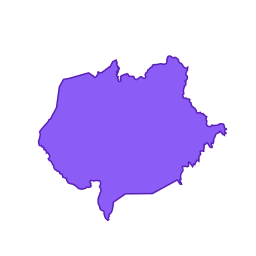 Campo Formoso, Bahia, Brazil (Robinson projection), rotated 145°
{"feature_id": "56859067B18593931562770", "entity_name": "Campo Formoso", "entity_type": "district", "adm_level": 2, "iso_a3": "BRA", "parent_name": "Brazil", "parent_adm1": "Bahia", "projection": "robinson", "projection_center": [-40.821, -10.26], "detail": "fine", "context": "isolated", "style": "filled", "palette": "violet", "viewbox_px": 256, "rotation_deg": 145, "n_neighbors": 0, "source": "geoboundaries", "source_scale": "gbopen_adm2", "svg_char_len": 5740}
<svg xmlns="http://www.w3.org/2000/svg" viewBox="0 0 256 256"><g transform="rotate(145 128 128)"><path d="M203.9,172.6L207.3,169.5L208.9,168.4L210.2,166.0L210.6,164.7L210.1,163.8L209.6,163.3L209.1,163.2L208.9,162.6L209.2,161.6L208.8,161.0L208.3,160.7L208.1,160.1L209.1,158.9L209.1,158.4L208.8,157.8L208.3,157.5L208.3,156.2L208.8,154.8L209.1,154.4L208.2,154.4L207.9,153.2L208.0,151.1L208.4,149.5L209.5,148.8L210.9,148.6L211.1,147.3L210.8,146.0L210.2,145.1L210.3,142.7L210.6,141.9L210.5,140.4L211.7,137.1L211.6,135.8L211.3,135.5L210.9,133.6L209.9,132.5L209.3,131.3L209.8,130.7L210.0,130.0L209.6,129.2L208.6,128.0L208.9,127.5L208.8,126.7L209.4,125.5L209.5,124.8L207.3,122.0L207.7,121.6L207.9,120.9L208.2,120.4L208.5,117.5L207.6,116.0L206.8,115.2L205.9,114.0L205.2,113.6L204.9,112.2L204.0,111.2L203.9,110.5L204.0,109.8L203.2,108.1L203.4,107.3L203.2,106.7L202.3,106.0L202.1,105.4L201.5,104.9L200.4,104.1L199.5,103.9L198.1,103.1L195.6,103.1L194.7,102.5L194.1,101.8L192.1,101.3L191.5,101.6L191.1,102.1L191.2,103.2L190.2,103.9L190.2,104.5L190.4,105.2L189.4,106.3L188.8,106.3L188.1,106.0L187.5,105.6L186.4,104.1L185.6,103.9L183.8,103.1L183.1,102.2L181.6,101.2L181.5,100.6L181.9,98.7L182.3,98.1L183.7,97.0L184.9,96.4L185.1,95.7L185.1,94.1L186.0,92.0L186.5,91.6L188.1,90.8L189.6,89.6L191.1,88.7L192.1,87.7L192.8,87.4L194.8,84.8L195.7,83.0L196.1,81.2L196.1,80.4L197.0,78.6L197.2,77.3L197.1,76.4L195.9,74.3L195.7,73.7L195.7,73.0L196.1,72.3L196.8,71.7L198.0,67.8L198.0,66.2L197.6,64.8L197.6,64.1L196.4,64.0L196.4,64.5L195.9,65.0L195.3,66.0L193.9,66.6L193.7,67.3L193.1,67.9L191.8,68.0L190.0,68.5L187.6,70.1L186.2,71.6L185.7,71.9L184.8,73.1L183.4,74.3L183.0,75.2L182.5,75.6L167.8,75.5L145.6,60.3L117.5,57.2L117.4,53.5L117.6,52.4L116.9,51.4L116.5,51.2L116.0,52.2L115.9,53.7L115.6,55.4L115.2,56.1L114.5,55.9L114.1,55.5L112.9,58.0L111.9,59.1L110.7,60.2L109.9,60.6L108.6,61.0L107.7,61.4L106.9,62.3L106.0,64.5L105.6,65.1L105.0,65.1L104.7,64.6L104.0,64.3L102.7,63.5L101.7,62.3L100.7,62.0L100.1,62.2L99.0,63.8L98.6,64.7L98.1,65.2L97.6,65.3L97.3,64.9L97.3,64.0L97.2,59.3L94.8,60.9L94.3,59.7L92.5,61.0L91.2,61.4L90.6,61.9L90.0,62.2L89.6,61.8L89.0,60.1L86.7,63.1L86.4,63.9L85.7,64.5L85.0,64.3L83.7,64.8L83.2,65.3L83.0,66.2L82.6,67.2L82.2,67.5L81.5,67.5L81.1,67.0L79.9,66.4L79.7,65.7L79.2,65.5L78.7,66.6L77.7,67.7L77.2,67.8L76.5,68.9L76.3,69.6L75.5,70.0L75.2,70.7L74.4,70.8L73.9,70.3L73.2,70.4L72.7,70.8L72.0,70.8L71.5,70.3L71.5,68.6L71.8,65.6L71.6,65.0L70.4,63.8L69.6,64.5L69.1,67.0L67.7,67.9L67.0,66.6L66.5,67.2L65.4,67.8L65.1,68.7L64.7,69.2L64.1,69.5L63.5,70.2L63.0,70.5L61.8,70.8L61.4,71.4L59.2,72.7L55.4,72.0L54.4,72.6L54.1,72.1L54.2,70.2L53.9,68.5L53.1,66.7L52.5,67.9L51.9,68.0L50.8,67.4L50.6,67.9L51.0,69.3L50.7,70.1L50.0,70.6L49.4,70.8L48.9,70.5L48.1,70.5L48.0,71.2L48.6,71.7L48.8,73.1L48.4,73.6L47.6,75.7L47.7,76.4L48.1,77.1L49.4,78.1L50.6,78.8L51.2,78.9L51.9,78.7L53.4,79.1L55.6,80.5L56.2,80.7L57.7,82.3L58.3,81.9L59.7,81.9L61.4,83.3L61.7,85.0L61.5,86.5L59.9,87.9L59.4,88.6L59.4,89.9L57.8,91.7L57.1,92.0L57.6,93.0L58.3,96.7L59.0,97.0L59.5,97.6L59.9,99.5L61.2,99.5L61.8,100.0L62.1,100.4L62.7,100.6L63.0,101.2L62.1,102.9L61.9,104.6L62.1,106.4L62.6,107.1L62.6,107.9L62.8,108.5L63.2,109.0L62.7,110.6L62.7,111.3L61.9,112.4L62.6,113.8L62.5,114.4L61.2,115.5L61.1,116.2L61.5,116.9L62.5,117.4L63.0,118.1L63.0,118.9L63.5,119.5L64.1,119.5L65.2,120.7L65.3,121.4L64.8,122.1L64.6,123.3L63.9,123.8L62.7,124.0L62.2,124.7L61.7,126.2L60.8,127.2L60.5,127.7L59.9,127.9L59.7,128.5L58.4,129.2L57.7,129.9L56.7,130.0L55.9,130.3L55.4,130.9L54.7,131.7L54.4,132.3L54.4,133.6L53.9,133.3L53.5,133.3L52.7,134.0L51.3,134.3L50.3,135.3L49.8,136.3L49.9,137.1L50.3,137.7L49.9,138.2L49.6,139.4L48.1,140.2L47.1,141.1L46.3,141.2L44.8,142.8L44.3,143.5L45.5,143.4L46.0,143.6L47.0,144.9L47.5,146.6L47.2,147.8L47.3,150.2L47.6,150.8L48.4,151.7L48.4,152.3L48.3,153.6L47.7,154.3L47.7,156.1L48.3,157.6L48.4,158.3L49.2,159.1L50.6,159.4L51.1,159.8L51.3,160.3L51.3,161.0L51.9,162.3L52.4,163.0L53.8,163.6L54.4,163.6L54.8,163.1L55.8,162.7L56.3,162.2L57.5,161.1L57.7,160.4L58.2,159.9L59.6,158.9L60.1,158.9L61.5,159.4L62.3,159.5L62.6,160.2L64.0,161.6L65.3,162.4L66.9,162.8L68.0,163.7L68.9,163.9L70.1,164.9L71.6,165.4L72.2,165.2L72.5,164.5L73.0,164.4L75.4,164.5L76.8,164.1L78.1,164.1L78.7,164.0L79.7,163.1L80.5,162.8L81.3,162.9L81.9,162.8L83.0,162.2L83.7,161.3L83.9,160.1L84.2,159.6L84.9,159.2L85.4,159.1L86.1,159.3L87.0,160.1L87.4,162.0L88.1,162.6L88.8,162.9L89.4,162.7L92.1,162.7L93.7,162.9L94.3,164.7L94.3,165.5L93.8,166.3L93.9,167.1L95.2,168.0L95.7,168.5L97.0,169.2L97.4,169.8L97.5,170.3L97.1,171.1L97.6,173.1L98.8,173.4L99.1,172.9L100.2,173.8L101.1,174.3L101.8,174.0L102.4,174.1L102.9,174.5L103.4,174.4L104.0,174.6L104.5,174.3L104.7,173.5L105.4,173.3L106.0,172.3L105.9,171.6L106.7,171.1L107.1,170.6L108.2,171.1L108.8,171.7L108.9,172.3L107.9,173.2L108.1,173.8L107.9,175.2L107.5,175.8L107.0,175.3L106.6,175.5L107.2,176.5L107.1,177.1L107.2,177.7L106.9,178.2L106.3,178.1L105.1,179.0L105.6,179.2L105.3,180.1L105.0,180.6L103.7,179.8L103.6,180.9L103.0,180.8L102.5,180.9L102.2,181.6L101.6,181.3L100.8,182.3L100.8,182.9L101.3,182.6L101.8,182.9L101.3,183.5L101.1,184.3L101.2,184.9L100.9,185.3L101.0,185.9L100.7,186.4L100.4,187.2L99.6,187.5L99.5,188.2L99.1,188.8L99.3,189.7L98.8,190.5L102.4,191.1L108.0,188.2L108.4,188.8L108.9,188.9L110.7,188.4L112.3,188.8L113.3,188.4L116.2,188.6L117.3,188.3L118.3,188.6L119.4,189.3L119.8,189.9L119.8,190.7L120.6,191.0L121.0,190.6L121.2,189.9L121.7,189.3L122.5,189.2L124.7,188.3L125.9,188.2L126.3,188.5L126.5,189.0L126.4,190.3L127.6,192.7L128.4,195.3L128.8,195.8L147.3,202.2L153.0,204.8L160.6,201.1L174.9,185.7L186.6,179.7L187.2,180.0L188.4,180.0L189.1,179.3L189.8,179.0L198.4,177.0L202.6,175.6L203.0,174.1L203.9,172.6Z" fill="#8b5cf6" stroke="#5b21b6" stroke-width="1.5"/></g></svg>